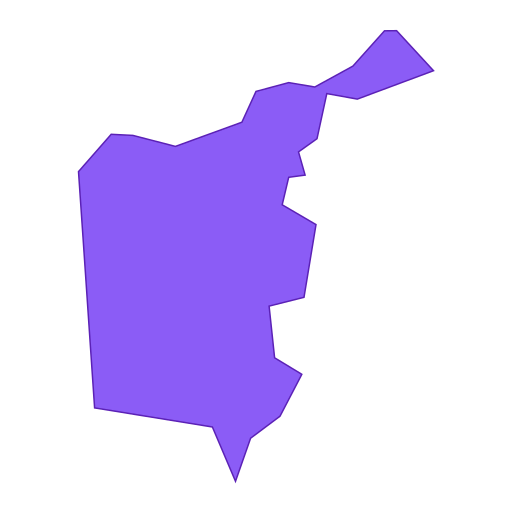 the district of Mayendit, Unity, South Sudan
{"feature_id": "79223893B14659068163591", "entity_name": "Mayendit", "entity_type": "district", "adm_level": 2, "iso_a3": "SSD", "parent_name": "South Sudan", "parent_adm1": "Unity", "projection": "albers", "projection_center": [30.03, 8.125], "detail": "fine", "context": "isolated", "style": "filled", "palette": "violet", "viewbox_px": 512, "rotation_deg": 0, "n_neighbors": 0, "source": "geoboundaries", "source_scale": "gbopen_adm2", "svg_char_len": 504}
<svg xmlns="http://www.w3.org/2000/svg" viewBox="0 0 512 512"><path d="M235.5,481.3L250.6,438.2L280.0,416.2L300.8,376.3L301.8,374.3L274.6,357.8L269.1,306.1L304.0,297.3L316.0,224.6L282.2,204.8L288.7,177.3L305.1,175.1L298.5,151.9L317.0,138.7L326.8,93.6L357.3,99.1L433.5,70.7L396.6,30.7L384.5,30.8L352.9,66.1L314.8,87.0L288.7,82.6L256.0,91.4L241.9,122.2L175.4,146.4L132.9,135.4L111.2,134.3L78.5,171.6L83.4,243.2L94.6,407.9L212.4,427.0L235.5,481.3Z" fill="#8b5cf6" stroke="#5b21b6" stroke-width="1.5"/></svg>